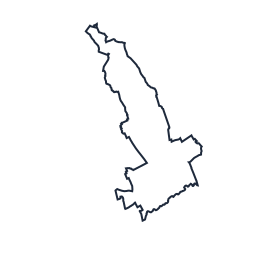 outline of Crangurile, Dâmbovita, Romania, rotated 305°
{"feature_id": "2599482B43839150366531", "entity_name": "Crangurile", "entity_type": "district", "adm_level": 2, "iso_a3": "ROU", "parent_name": "Romania", "parent_adm1": "Dâmbovita", "projection": "equal_earth", "projection_center": [25.247, 44.765], "detail": "fine", "context": "isolated", "style": "outline", "palette": "slate", "viewbox_px": 256, "rotation_deg": 305, "n_neighbors": 0, "source": "geoboundaries", "source_scale": "gbopen_adm2", "svg_char_len": 5820}
<svg xmlns="http://www.w3.org/2000/svg" viewBox="0 0 256 256"><g transform="rotate(305 128 128)"><path d="M155.1,199.0L155.3,197.9L156.1,194.8L155.6,193.9L155.1,193.6L155.1,192.1L155.3,191.7L155.3,191.3L155.4,191.2L156.1,191.2L156.8,191.7L157.4,188.9L156.3,188.4L158.1,184.5L158.3,184.2L147.6,180.1L149.6,176.6L148.3,176.4L148.0,176.2L147.5,175.9L145.2,173.7L144.2,173.0L141.8,171.6L143.4,170.1L142.0,168.9L149.6,161.9L150.4,161.8L150.8,161.6L151.4,161.9L151.7,161.8L152.0,161.4L152.4,161.4L162.7,147.2L163.8,145.8L163.7,145.3L163.8,144.6L164.6,143.6L164.7,143.1L164.5,141.9L164.5,141.7L164.0,140.9L166.2,138.3L170.0,133.5L170.0,133.3L169.9,133.2L170.9,132.3L171.1,132.3L171.3,132.5L171.9,132.6L172.0,132.3L172.8,131.4L173.5,130.9L174.1,129.9L174.8,129.2L175.1,128.3L175.3,127.7L175.6,127.3L175.6,127.0L175.0,126.0L175.1,125.4L174.9,124.7L174.4,123.5L174.4,122.9L174.6,122.1L174.6,121.4L174.6,119.5L174.9,119.2L175.4,118.1L175.8,117.0L175.8,116.5L176.0,116.0L178.4,112.8L178.5,112.6L178.4,112.0L178.6,111.1L179.0,110.2L179.7,107.9L180.8,106.0L183.1,103.0L183.4,102.0L183.7,100.6L184.2,99.4L184.6,98.8L186.6,90.1L186.6,86.5L187.0,86.2L187.6,85.1L189.1,83.4L190.6,80.9L191.7,79.5L193.3,77.9L194.2,77.2L195.8,76.7L195.8,76.4L195.5,76.1L195.1,75.3L195.0,74.3L194.8,74.1L194.6,73.5L194.0,72.8L193.6,72.1L193.2,71.3L192.8,70.8L192.8,70.4L192.4,69.4L192.4,69.1L192.1,67.8L192.1,67.6L192.2,67.4L192.6,66.9L192.8,66.5L192.7,65.7L192.5,65.2L191.1,64.3L190.2,63.8L189.3,63.3L186.9,61.4L185.7,60.9L186.5,59.8L186.9,59.3L187.4,59.2L188.8,58.3L189.1,58.2L190.5,58.4L190.5,57.9L190.9,57.0L191.1,55.9L191.1,55.5L191.7,54.6L190.9,53.2L190.3,50.7L189.8,49.4L193.1,44.1L195.2,43.0L195.4,42.8L194.3,42.5L192.6,41.4L191.9,42.0L191.4,43.0L190.0,39.2L190.0,38.2L183.0,38.0L182.6,40.2L182.6,42.2L182.7,43.0L182.5,43.3L182.4,43.7L182.3,44.0L181.9,44.6L181.6,44.8L181.5,45.5L180.9,46.5L180.8,46.8L180.6,47.6L180.4,48.6L180.0,50.1L179.5,50.8L179.2,51.5L178.8,53.8L178.3,56.2L178.0,56.8L177.8,56.9L177.0,58.1L175.7,59.2L174.9,59.4L173.7,60.3L175.9,68.6L176.2,68.9L177.0,69.2L177.6,69.2L177.7,69.7L177.7,69.9L177.1,69.9L177.1,69.7L176.9,69.6L176.1,70.0L175.5,70.5L175.2,70.9L174.6,71.3L174.5,71.8L173.5,72.2L173.1,72.4L172.3,72.6L164.4,73.0L160.5,74.8L161.2,75.8L160.6,77.1L159.8,78.2L159.1,78.7L158.1,79.0L157.8,79.2L157.7,79.7L157.3,79.8L156.6,79.9L155.9,80.1L154.3,82.1L153.9,82.9L153.6,83.2L152.7,83.9L152.0,84.7L152.1,85.0L152.0,85.3L152.5,86.7L152.4,87.1L152.7,87.9L152.7,88.6L152.3,89.5L151.6,90.1L151.4,90.5L151.2,91.5L150.6,92.0L150.4,92.3L149.8,92.8L149.6,93.1L149.8,93.6L149.7,94.1L149.8,94.3L149.6,94.8L149.6,95.0L149.7,95.4L149.4,95.7L149.4,96.1L149.7,96.4L150.3,97.0L150.6,97.1L151.1,97.6L151.3,97.8L151.3,98.4L151.6,98.8L152.1,99.2L150.1,101.8L148.3,103.6L146.8,105.4L146.0,106.8L145.6,108.1L144.9,109.7L144.5,110.5L143.3,113.7L142.9,114.1L142.2,114.5L140.3,116.2L139.6,118.2L138.9,119.2L138.1,119.7L138.3,120.2L137.3,120.8L136.4,122.0L135.7,122.9L134.5,122.2L133.8,123.2L129.4,120.6L128.9,120.2L128.7,119.9L128.5,120.0L127.6,119.9L127.5,120.8L125.4,120.5L125.1,121.4L124.5,121.3L124.1,123.0L123.2,122.8L122.1,125.0L121.3,125.2L120.9,125.6L120.8,126.6L120.7,127.5L121.7,128.3L120.5,130.4L119.0,132.7L121.2,133.9L120.2,136.0L119.4,137.4L118.8,139.0L118.5,139.4L115.8,146.2L114.4,150.5L113.4,153.9L111.7,159.4L110.2,163.5L96.7,156.5L96.9,156.1L96.8,155.9L96.5,155.6L96.4,155.2L96.5,154.3L96.5,153.6L96.0,153.2L96.0,152.2L94.9,150.7L93.8,149.5L92.3,151.9L91.5,151.5L91.3,151.8L90.7,151.5L89.9,152.8L88.6,152.1L85.9,156.4L87.4,157.3L86.3,159.0L85.3,160.9L84.0,162.8L82.9,164.7L80.3,166.8L78.6,167.7L77.5,165.2L76.8,164.1L75.6,163.0L74.1,161.2L73.1,159.0L72.1,155.7L71.8,154.2L69.8,153.6L69.6,153.6L63.5,160.5L64.9,161.6L66.1,162.2L66.3,162.1L66.8,161.6L67.4,161.2L68.3,162.1L68.4,162.5L68.3,162.9L68.0,163.8L67.2,164.8L66.9,165.0L65.9,165.7L65.4,166.1L65.1,166.7L60.5,171.6L60.2,172.2L60.8,172.6L61.0,172.8L61.3,173.0L62.1,173.4L62.9,173.9L63.6,174.2L65.3,174.8L65.7,175.1L66.4,175.3L68.0,176.0L69.3,176.3L70.1,176.4L70.6,176.4L70.9,176.5L71.0,176.6L70.5,177.3L68.5,181.2L71.5,182.6L69.3,187.0L69.1,187.0L67.3,186.1L67.0,185.3L66.8,185.2L66.6,185.3L65.2,188.2L60.5,193.1L62.7,194.4L62.9,194.4L66.2,193.1L66.7,193.0L67.8,192.9L68.7,192.1L69.4,192.2L70.3,191.7L71.0,191.8L71.3,192.1L71.5,192.7L71.8,194.6L72.3,195.3L72.9,195.4L73.9,195.8L74.6,195.8L75.9,195.5L76.2,195.6L76.6,196.1L76.7,196.6L76.5,197.7L77.1,198.4L78.2,198.8L78.9,199.0L79.6,199.0L80.3,199.3L80.8,199.3L82.0,199.0L82.4,199.1L82.7,199.3L82.9,200.0L83.2,200.3L85.5,200.8L85.8,201.5L86.1,201.8L86.4,201.9L87.2,201.9L87.5,201.8L87.9,201.9L88.1,202.1L88.5,202.7L88.9,203.0L89.5,203.2L90.5,203.2L90.9,203.0L91.5,202.4L91.9,202.4L92.6,202.0L93.1,201.8L93.9,201.9L94.5,202.1L95.1,202.3L95.9,202.3L97.3,203.0L97.6,203.4L97.7,203.7L97.5,204.2L97.6,204.7L98.2,204.8L98.7,204.7L101.1,205.1L101.7,205.5L102.1,205.9L102.3,206.2L102.4,206.6L102.3,207.1L102.7,207.4L104.4,207.6L105.6,207.5L105.9,207.6L106.3,208.1L106.8,208.5L107.3,208.7L107.7,208.8L108.0,209.2L109.2,209.9L109.7,210.1L110.8,209.9L111.5,208.1L112.9,208.0L113.3,208.1L114.1,208.5L114.3,208.9L114.4,209.6L114.2,210.5L114.3,210.7L114.5,210.9L115.1,211.1L116.0,211.0L116.9,211.1L117.7,211.4L118.3,211.4L118.4,211.8L118.2,212.6L118.3,213.1L118.2,213.4L117.8,213.7L117.6,214.2L117.7,214.5L118.0,214.7L118.9,214.8L119.6,214.3L120.6,214.3L121.0,214.7L120.9,215.2L121.1,215.8L121.0,216.2L121.0,216.3L121.3,216.7L121.2,217.0L120.8,217.5L121.0,218.0L124.2,214.1L124.4,213.7L128.8,207.1L131.4,203.0L131.7,202.9L134.1,199.3L134.4,198.6L134.8,198.2L134.9,197.6L135.4,198.1L136.4,198.5L141.2,199.3L142.2,199.7L144.1,200.6L145.0,201.1L146.0,201.4L146.5,201.7L148.1,203.1L149.9,201.9L151.2,201.6L151.5,201.4L151.8,200.9L152.5,200.1L153.2,199.5L154.2,199.0L154.5,199.0L155.1,199.0Z" fill="none" stroke="#1e293b" stroke-width="2"/></g></svg>